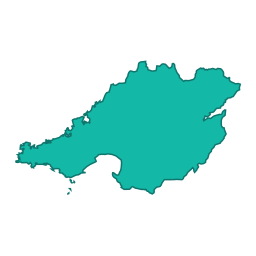 map outline of Shandong (Robinson projection), rotated 181°
{"feature_id": "CHN-1814", "entity_name": "Shandong", "entity_type": "Province", "adm_level": 1, "iso_a3": "CHN", "parent_name": "China", "parent_adm1": "", "projection": "robinson", "projection_center": [118.824, 36.396], "detail": "fine", "context": "isolated", "style": "filled", "palette": "teal", "viewbox_px": 256, "rotation_deg": 181, "n_neighbors": 0, "source": "natural_earth", "source_scale": "10m", "svg_char_len": 5856}
<svg xmlns="http://www.w3.org/2000/svg" viewBox="0 0 256 256"><g transform="rotate(181 128 128)"><path d="M102.6,62.5L105.6,63.8L106.6,65.1L107.4,65.1L108.7,65.9L108.7,66.6L109.6,67.1L110.5,66.6L111.3,66.9L113.3,66.8L119.8,68.1L122.5,69.5L123.3,69.1L124.5,67.5L125.6,66.8L130.8,66.6L133.9,68.5L133.2,69.8L134.1,70.7L135.2,73.1L136.7,73.6L137.9,74.8L138.6,76.8L141.2,78.5L142.2,79.7L142.7,81.5L142.5,83.0L141.5,82.9L138.7,80.8L137.3,80.7L136.4,81.3L135.6,83.6L134.7,85.1L134.1,87.8L133.8,93.0L134.2,95.9L139.5,99.9L143.5,101.3L147.8,101.8L150.2,101.2L154.0,101.3L157.1,100.8L157.7,99.8L160.7,97.4L159.2,94.2L159.6,93.7L165.3,90.9L168.8,88.5L171.9,85.5L172.6,84.4L172.2,83.2L169.6,82.6L173.9,82.2L176.6,80.4L179.2,80.0L184.3,77.5L187.1,78.1L188.2,77.6L189.6,78.0L190.0,78.4L189.7,79.0L190.0,79.5L191.9,80.5L192.6,81.7L195.6,82.0L195.9,82.4L195.4,83.7L195.9,84.2L195.5,85.1L196.6,86.2L200.4,86.1L202.3,85.1L201.7,84.2L202.8,84.7L203.9,85.6L203.0,85.6L202.5,86.0L202.5,86.6L204.4,88.2L205.2,90.0L207.0,90.4L207.9,91.3L210.9,91.0L209.7,90.2L208.4,90.5L208.8,89.8L209.7,89.5L212.5,90.2L218.3,90.1L218.8,90.3L218.5,90.9L218.6,91.4L219.7,91.4L220.0,91.1L219.4,89.9L220.7,87.9L222.0,87.4L221.9,86.7L222.7,87.2L223.4,86.7L224.3,87.8L224.3,88.4L223.7,89.4L224.0,90.4L225.2,91.7L226.3,90.3L226.9,90.3L228.4,91.7L233.5,91.4L233.8,91.9L236.1,92.2L237.3,91.7L239.2,91.8L239.5,92.7L239.2,93.2L238.6,92.8L236.2,94.2L236.9,95.9L235.6,95.0L235.9,96.6L236.9,97.9L237.2,98.8L237.9,99.4L236.4,99.6L236.1,100.0L236.4,101.0L234.6,100.7L233.8,101.2L233.5,102.2L233.3,100.8L233.0,100.7L232.5,102.9L233.1,103.7L231.6,105.2L231.8,105.7L232.2,105.8L232.6,105.6L232.5,105.0L235.5,105.0L235.1,108.9L234.6,109.4L234.3,109.2L234.7,108.2L234.3,108.1L233.2,108.7L231.7,108.6L231.7,109.2L232.6,110.4L231.6,110.8L231.0,110.7L230.3,111.8L229.3,112.0L225.5,111.1L225.5,109.9L225.8,109.4L227.8,109.4L224.8,107.8L225.3,105.8L224.9,105.5L224.4,105.8L224.3,107.8L222.9,107.6L222.5,108.8L221.2,109.4L221.3,107.2L221.6,106.6L218.1,106.2L217.8,106.4L218.8,108.1L217.8,108.7L214.2,109.7L212.6,111.6L210.4,112.2L211.3,111.3L210.0,111.7L209.6,112.3L209.9,114.6L209.7,114.8L208.8,113.9L206.9,114.4L206.2,114.1L206.0,113.7L206.2,113.2L207.5,112.9L208.8,111.9L209.1,111.3L207.4,111.6L206.5,112.5L205.7,111.8L205.0,111.8L204.8,112.2L205.3,113.2L204.8,114.3L203.6,114.4L202.7,115.1L202.7,115.6L203.4,115.8L200.9,115.8L196.5,117.3L194.3,119.3L192.9,118.8L193.0,120.0L192.7,120.2L190.0,119.8L190.1,118.9L187.8,117.9L185.0,119.1L184.9,119.5L185.2,119.8L184.7,121.1L185.0,121.7L185.8,121.6L187.1,119.8L187.8,119.5L189.1,120.9L189.8,121.2L190.0,121.9L191.0,121.4L190.3,123.1L190.6,124.4L189.4,124.7L189.1,125.1L189.2,126.1L188.5,127.1L187.8,126.9L187.7,125.7L187.2,125.3L187.3,124.6L185.0,124.4L183.2,126.9L184.2,128.8L183.8,129.1L182.1,128.8L183.8,134.8L183.5,135.2L181.6,136.1L179.4,136.2L179.0,137.0L177.2,137.1L173.8,138.7L172.1,138.0L174.0,133.6L173.4,132.5L172.9,132.4L172.4,130.8L171.9,131.1L171.5,132.1L171.6,133.2L172.2,133.6L171.8,134.1L169.9,133.3L170.0,132.5L167.1,133.0L166.5,132.4L166.2,133.0L166.9,133.7L166.3,135.1L166.3,136.3L166.6,136.8L168.6,138.0L168.8,140.3L169.4,140.6L170.3,140.1L170.3,141.1L170.7,141.0L171.9,139.8L172.4,140.3L172.3,141.0L170.2,142.1L168.8,143.9L168.6,143.3L169.2,142.0L167.7,143.4L166.6,143.5L164.9,145.5L163.9,149.4L163.0,149.3L162.0,148.3L161.2,148.8L161.0,149.1L162.0,150.2L161.0,151.3L161.1,153.0L159.9,153.6L159.1,152.6L159.3,151.8L158.5,152.2L157.3,154.0L156.6,154.6L156.7,153.5L156.2,153.1L153.8,154.3L151.1,161.3L149.9,162.9L147.5,163.6L147.4,164.8L146.9,165.6L145.6,171.0L143.4,171.7L143.2,170.9L142.6,170.6L140.9,170.5L137.6,172.6L134.1,172.6L131.4,173.2L130.9,176.5L129.0,180.0L128.9,181.4L128.1,183.5L127.2,184.7L126.3,185.1L123.4,184.3L122.0,184.4L120.1,185.2L119.8,186.8L119.0,188.3L118.5,192.4L118.0,193.4L116.6,194.2L111.5,194.9L111.6,193.2L110.6,192.0L111.2,190.0L109.5,189.0L109.0,186.6L104.8,185.3L101.3,185.8L100.8,186.2L100.2,190.6L97.4,190.3L95.0,192.5L93.8,192.7L91.6,192.3L87.9,188.4L86.2,189.2L85.2,190.2L84.8,193.0L84.0,193.3L83.4,193.1L82.5,191.9L82.2,189.2L80.0,184.2L77.8,181.5L77.4,179.4L73.1,175.6L71.9,176.5L67.8,176.4L63.2,177.8L61.7,180.0L61.6,182.6L61.4,183.3L60.6,184.3L60.7,185.6L60.4,186.6L56.6,189.1L56.2,189.2L55.2,188.5L54.0,189.1L53.4,189.0L52.1,187.4L50.9,188.0L49.5,187.3L48.7,188.2L46.2,188.4L44.4,189.0L40.9,188.0L39.5,189.1L36.5,188.8L35.4,188.1L33.8,185.9L33.4,184.6L33.4,181.8L29.9,179.5L28.6,179.5L27.8,180.2L27.3,179.9L27.5,177.8L26.4,176.3L21.2,174.0L18.5,174.4L16.5,173.7L17.4,170.2L17.1,168.2L19.7,166.8L23.4,161.3L25.2,160.7L25.7,160.1L28.5,159.8L30.2,158.0L31.2,157.7L30.9,156.0L31.2,155.3L32.4,155.2L33.0,152.7L35.6,151.1L35.9,149.6L39.2,149.3L40.2,148.8L42.4,145.9L43.3,145.3L46.5,144.7L46.9,144.3L46.1,143.4L46.2,142.7L47.9,141.2L49.2,140.6L51.1,141.3L52.0,138.7L52.8,137.8L52.4,136.6L48.1,139.4L45.4,139.0L42.7,141.2L40.7,142.0L36.8,143.2L35.0,143.1L34.3,143.6L33.9,145.4L33.1,146.5L31.4,147.8L30.7,147.6L31.2,142.3L33.8,140.3L34.8,137.7L34.9,134.7L34.6,131.6L33.2,129.9L31.9,129.8L31.6,128.1L29.8,123.7L31.9,120.3L31.7,119.6L33.4,117.2L35.1,115.4L35.6,114.4L39.8,113.0L40.9,112.3L41.7,110.4L44.1,107.8L44.3,106.1L46.5,103.7L47.7,99.3L49.7,97.2L49.9,95.0L52.0,93.7L54.4,93.3L56.1,93.9L57.0,93.5L57.9,92.5L57.7,91.7L56.9,91.0L56.9,90.2L58.1,88.5L58.6,87.2L60.6,84.8L61.3,86.0L61.6,88.3L62.7,89.5L63.4,88.5L67.5,84.7L69.0,81.9L71.2,80.3L71.9,78.3L73.1,77.3L78.9,77.5L81.1,77.2L90.8,77.0L93.0,73.8L94.0,71.3L95.0,70.1L98.4,69.3L100.3,67.4L101.0,66.2L100.7,65.3L100.9,63.7L102.6,62.5ZM184.0,73.6L184.8,74.4L184.8,75.3L183.8,74.6L184.0,73.6ZM183.8,72.5L183.8,73.0L182.9,72.3L183.3,72.2L183.8,72.5ZM180.6,72.5L181.1,72.7L181.0,73.6L180.4,72.9L180.6,72.5ZM186.1,62.0L186.1,61.4L186.9,61.1L186.9,61.4L186.1,62.0ZM184.3,65.4L185.2,66.3L184.5,66.3L184.3,65.4Z" fill="#14b8a6" stroke="#0f766e" stroke-width="1.5"/></g></svg>